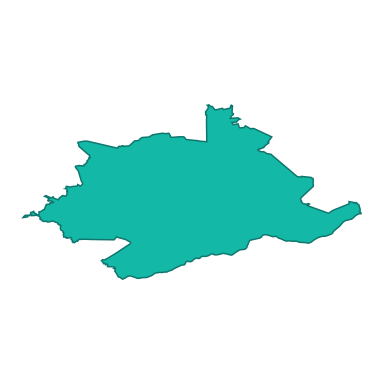 Praulienas pag., Madona, Latvia (Natural Earth projection)
{"feature_id": "27541924B69241742641881", "entity_name": "Praulienas pag.", "entity_type": "district", "adm_level": 2, "iso_a3": "LVA", "parent_name": "Latvia", "parent_adm1": "Madona", "projection": "natural_earth1", "projection_center": [26.349, 56.815], "detail": "fine", "context": "isolated", "style": "filled", "palette": "teal", "viewbox_px": 384, "rotation_deg": 0, "n_neighbors": 0, "source": "geoboundaries", "source_scale": "gbopen_adm2", "svg_char_len": 5888}
<svg xmlns="http://www.w3.org/2000/svg" viewBox="0 0 384 384"><path d="M361.0,213.7L360.9,212.6L359.6,211.7L360.0,211.1L360.1,210.7L360.1,209.1L359.9,208.1L359.3,206.6L358.9,204.8L357.5,203.9L357.4,203.5L356.2,202.6L355.1,203.4L354.6,202.5L353.7,202.7L352.0,202.0L351.7,202.1L349.0,201.6L349.2,203.8L334.0,209.9L331.4,211.3L328.6,213.3L307.3,205.6L309.4,204.1L308.1,203.5L306.7,204.2L303.3,203.7L301.1,201.8L301.1,201.6L301.6,201.1L300.6,199.6L301.1,197.7L313.3,186.3L313.1,182.8L313.2,179.5L313.0,178.4L311.3,178.0L311.0,177.4L301.4,176.4L301.2,177.1L297.2,176.6L272.1,155.3L271.4,154.5L270.5,154.2L266.4,153.5L265.3,152.4L264.5,152.2L263.6,151.7L261.0,151.7L258.1,150.4L258.2,150.2L258.0,149.8L259.2,148.7L259.7,149.1L263.7,147.5L263.6,147.2L263.9,147.2L265.0,145.8L268.8,142.9L267.9,142.2L271.8,136.9L254.0,128.6L253.2,128.5L250.4,128.7L245.4,125.8L244.0,127.6L240.3,127.9L239.7,127.7L239.2,127.3L238.1,123.8L233.3,124.7L231.9,122.5L235.6,122.1L236.3,122.2L238.5,119.7L240.2,119.1L237.9,117.8L230.3,118.4L231.0,117.4L231.0,116.6L231.2,116.1L233.0,114.8L233.5,114.0L233.2,113.5L232.2,113.0L232.0,112.7L232.5,106.1L232.4,105.8L231.4,105.2L230.8,105.6L230.9,106.3L230.5,106.6L230.5,108.0L223.5,109.6L222.7,108.5L222.3,108.3L215.2,110.0L212.1,106.4L211.1,106.7L208.8,104.8L208.1,105.3L207.3,105.3L208.2,106.4L208.4,106.9L207.9,108.8L205.5,112.0L205.5,112.3L205.6,112.6L205.9,112.8L205.6,114.8L206.7,115.0L206.5,122.4L206.8,141.7L200.0,141.2L197.8,140.7L186.4,139.6L186.0,139.3L184.3,137.2L183.7,136.8L179.0,136.8L171.3,137.4L171.0,137.2L170.7,136.7L169.3,133.7L169.0,133.4L168.4,133.2L166.1,133.7L162.5,133.2L152.6,134.8L148.9,137.0L142.0,137.5L140.0,138.9L138.8,140.2L138.1,140.6L134.6,140.9L130.0,145.2L128.7,146.0L126.0,146.0L124.5,146.5L124.1,146.4L124.2,146.2L123.1,146.2L122.6,146.0L122.7,145.8L122.0,145.7L121.1,146.6L120.7,146.6L119.9,146.2L118.3,146.6L118.3,147.6L117.7,148.2L87.1,141.1L83.8,141.2L77.8,142.4L78.2,143.6L78.7,144.2L78.7,145.7L79.5,146.9L88.6,154.8L88.9,154.8L89.7,155.3L89.8,155.5L89.5,156.1L89.5,156.4L90.1,157.5L90.1,157.8L89.9,158.0L88.9,158.0L89.1,158.5L88.8,158.9L88.8,159.3L87.2,160.6L87.0,161.2L87.1,161.5L87.5,161.9L86.3,162.8L85.7,163.8L84.6,164.5L84.1,164.6L84.0,165.9L80.9,165.8L80.7,166.0L79.5,165.5L78.9,165.8L78.7,165.6L75.6,166.2L75.3,166.6L75.7,167.6L78.4,171.1L81.3,181.0L82.4,182.8L82.7,183.8L82.7,184.1L80.3,186.1L79.6,185.8L79.4,185.4L77.7,184.6L77.7,185.2L77.3,185.8L75.1,186.4L73.6,186.3L69.9,187.1L68.8,186.7L67.6,186.7L67.0,186.5L66.9,186.3L66.5,186.4L66.1,186.8L65.9,187.4L66.3,188.5L65.6,188.7L66.9,189.0L67.1,189.7L67.4,191.4L66.8,191.3L67.0,192.5L67.0,194.7L66.6,194.9L66.0,196.0L64.8,196.3L63.9,195.6L62.1,195.7L61.7,196.6L60.6,196.9L59.6,197.9L59.5,198.2L59.0,198.4L58.3,199.8L54.3,198.4L53.6,197.8L53.1,196.8L51.0,198.0L45.9,195.6L44.6,196.3L49.2,198.3L48.2,199.0L48.7,199.7L48.7,200.4L48.0,200.6L48.3,201.1L49.8,200.8L51.7,201.0L52.0,201.4L53.4,202.2L52.1,202.9L50.9,202.5L49.8,203.1L49.6,203.4L49.9,203.9L49.0,204.3L47.3,204.2L46.1,204.8L46.3,205.5L45.7,205.9L44.6,208.8L44.7,209.1L42.7,210.2L41.5,211.2L40.0,211.7L39.1,211.7L38.9,214.3L38.8,215.0L38.1,215.0L36.8,214.6L36.2,214.6L36.3,214.1L36.2,213.8L35.4,213.4L34.6,213.4L33.7,211.4L31.8,212.2L31.6,212.6L30.8,212.5L30.6,212.9L30.4,214.4L31.2,214.6L31.1,215.2L31.3,215.7L36.7,215.3L39.0,216.2L40.4,217.6L40.1,217.9L40.0,219.2L40.4,219.6L41.3,219.4L41.9,220.1L42.0,220.6L42.6,221.1L44.3,221.5L46.4,221.1L46.6,221.2L47.2,221.9L47.7,222.1L49.6,221.8L52.7,221.0L54.1,221.5L55.4,222.2L57.5,222.8L57.9,223.2L57.9,223.5L58.6,223.9L58.3,224.5L58.9,224.8L59.1,224.6L59.4,224.9L60.2,224.9L61.1,225.7L61.1,226.0L60.4,226.4L60.5,227.3L60.3,228.6L61.0,230.1L62.8,231.1L63.2,231.8L63.0,232.3L63.1,232.5L63.9,233.2L63.2,234.8L63.6,235.4L63.7,237.0L64.8,236.9L65.6,237.5L66.4,237.2L66.7,237.5L66.5,238.0L67.0,238.2L69.6,237.8L70.2,237.5L71.1,237.5L71.5,238.0L71.3,238.3L71.2,239.6L72.1,240.0L72.6,240.5L72.5,241.1L72.7,241.4L72.3,241.7L72.8,242.1L73.0,242.5L73.6,242.2L74.4,242.7L76.8,240.9L77.4,241.2L77.4,240.9L77.8,240.7L78.1,240.3L78.8,239.8L79.1,239.3L79.6,239.3L81.5,239.4L84.3,239.2L92.4,239.5L114.2,239.8L116.5,236.9L117.5,237.3L125.6,239.5L126.3,239.7L126.8,240.3L130.2,241.9L130.7,242.3L130.2,243.8L115.5,253.5L107.5,258.4L104.4,259.9L102.7,259.7L101.5,260.5L103.7,263.7L104.7,263.2L105.6,264.8L106.9,263.9L107.6,264.5L107.5,266.6L114.1,266.9L115.4,268.2L113.9,268.5L115.0,269.3L115.2,271.0L114.8,271.3L116.2,272.9L118.3,276.9L119.9,277.3L122.7,279.2L125.6,277.8L127.4,276.5L129.7,275.8L131.4,276.2L135.5,277.6L136.6,278.1L138.5,278.4L143.1,277.6L146.4,277.5L147.6,277.2L152.0,275.4L154.2,273.7L156.1,272.9L159.6,272.4L162.4,272.5L164.4,272.0L166.6,272.1L168.9,271.0L171.7,270.2L174.3,268.5L181.6,265.1L184.2,264.9L184.6,264.5L185.4,263.4L185.7,262.4L186.1,261.9L187.0,261.4L187.5,261.3L189.5,261.7L190.9,261.6L191.8,261.3L193.4,259.8L195.5,258.3L196.4,258.2L198.8,258.5L199.5,258.4L199.9,258.2L201.3,256.7L201.8,256.4L204.7,256.4L206.8,256.2L208.6,255.6L211.5,253.9L212.0,253.8L212.8,254.0L214.4,254.8L216.1,254.9L218.3,254.6L223.0,253.4L223.7,253.4L226.8,254.0L230.6,255.0L231.2,255.1L232.2,254.9L235.8,252.3L239.4,250.1L240.2,249.8L244.4,249.4L245.9,248.6L246.8,247.5L247.4,245.7L249.2,241.4L249.6,240.8L250.4,240.2L256.0,238.9L258.0,238.5L260.5,237.8L261.2,237.3L262.3,235.6L263.5,234.9L265.6,234.7L266.7,234.8L273.1,236.7L273.7,236.7L275.2,236.3L275.9,236.4L276.9,236.8L278.6,238.1L280.9,238.8L284.7,240.6L286.4,241.1L289.3,240.8L292.6,241.3L296.4,241.2L299.6,242.3L305.6,242.6L307.7,243.1L309.5,242.9L311.0,242.2L314.5,239.6L318.3,237.5L322.3,236.3L325.0,236.2L326.5,235.9L331.5,234.0L332.7,232.9L333.7,231.1L339.6,226.2L342.8,222.5L344.2,221.3L345.9,220.5L351.6,219.1L352.6,218.5L355.5,215.7L356.8,214.9L358.9,213.8L361.0,213.7ZM25.3,215.3L23.9,216.4L23.0,217.6L27.4,216.9L27.4,216.1L29.6,215.6L29.9,215.2L25.3,215.3Z" fill="#14b8a6" stroke="#0f766e" stroke-width="1.5"/></svg>